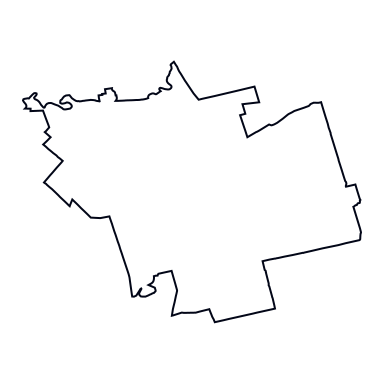 Jebel, Timis, Romania
{"feature_id": "2599482B60817854126326", "entity_name": "Jebel", "entity_type": "district", "adm_level": 2, "iso_a3": "ROU", "parent_name": "Romania", "parent_adm1": "Timis", "projection": "natural_earth1", "projection_center": [21.231, 45.54], "detail": "fine", "context": "isolated", "style": "outline", "palette": "ink", "viewbox_px": 384, "rotation_deg": 0, "n_neighbors": 0, "source": "geoboundaries", "source_scale": "gbopen_adm2", "svg_char_len": 5812}
<svg xmlns="http://www.w3.org/2000/svg" viewBox="0 0 384 384"><path d="M359.6,240.1L360.2,239.2L360.4,235.3L360.6,233.6L360.8,233.3L361.0,232.3L360.0,228.4L357.6,220.6L353.4,206.8L353.9,206.6L354.5,206.1L355.0,205.6L355.7,205.2L356.5,205.1L357.0,204.8L357.4,203.8L357.7,203.4L358.2,203.2L359.6,203.0L360.0,201.9L359.8,200.8L360.0,200.2L360.4,199.9L359.7,198.7L357.3,191.0L356.2,187.3L355.4,184.5L346.0,186.7L345.8,186.1L346.4,183.7L346.1,182.2L345.2,181.0L343.8,176.7L341.6,169.6L338.7,160.6L338.3,158.7L337.1,154.9L332.5,140.0L330.7,134.2L330.6,132.9L330.2,131.9L329.7,130.4L329.1,128.8L328.7,127.8L328.6,127.3L327.7,123.6L325.7,117.4L324.2,112.5L321.1,102.2L319.6,102.6L318.5,102.8L317.5,102.8L313.7,102.7L311.8,103.5L310.5,104.1L309.6,105.2L308.7,106.0L303.8,107.8L294.3,111.0L291.9,112.4L288.7,114.0L287.7,114.7L282.8,118.7L277.2,122.8L274.6,124.2L273.5,124.7L271.7,125.3L270.9,125.2L269.1,124.5L259.5,130.4L257.2,131.7L256.3,132.0L247.4,137.2L245.2,130.4L243.9,126.6L240.1,115.2L245.3,113.8L244.8,112.0L242.5,104.2L259.2,102.3L254.5,86.6L236.1,91.0L214.4,96.1L202.3,98.8L198.7,99.7L193.6,93.5L186.1,82.3L185.1,80.9L180.8,73.8L179.2,71.4L178.2,69.4L177.1,66.7L175.6,64.6L174.6,62.9L173.9,61.8L172.6,62.9L170.9,64.3L170.7,64.7L170.6,65.1L170.8,65.3L171.3,66.3L171.4,66.9L171.5,67.8L171.6,68.5L171.4,69.2L170.7,70.5L169.8,71.8L169.7,72.5L169.7,73.2L169.4,73.8L169.1,74.3L168.9,74.8L168.9,75.2L168.9,75.4L167.9,76.4L167.5,76.9L167.3,77.4L167.2,77.7L167.1,78.1L167.2,78.6L167.1,79.0L166.9,79.3L166.8,79.9L166.8,80.3L166.9,81.2L167.2,81.9L167.6,82.5L167.9,82.9L168.1,83.2L168.7,83.7L169.2,84.1L169.6,84.4L170.3,84.9L171.0,85.5L171.3,85.9L171.4,86.2L171.5,86.9L171.4,87.4L171.2,87.9L170.6,88.5L170.1,88.9L169.4,89.3L168.9,89.4L168.0,89.5L165.6,89.2L164.5,89.0L162.5,88.3L162.0,88.2L160.8,87.9L160.2,87.9L159.7,88.1L159.4,88.5L159.3,88.8L159.3,89.2L159.4,89.6L159.8,90.2L160.7,91.2L159.6,91.8L158.8,92.5L157.7,93.2L157.2,93.5L156.8,93.9L156.2,94.2L155.6,94.2L154.6,93.8L153.8,93.5L152.9,93.4L152.1,93.5L151.7,93.6L150.1,94.3L149.7,94.5L149.1,94.9L148.7,95.4L148.4,95.9L148.2,96.5L148.1,97.1L148.1,97.7L148.2,98.1L146.6,98.7L145.0,99.1L142.9,99.5L142.2,99.5L139.5,99.9L137.9,100.0L136.3,100.0L132.8,100.2L126.2,100.4L123.9,100.6L117.2,100.9L115.6,100.9L116.6,99.5L116.8,98.4L116.8,97.6L116.6,96.5L116.4,95.9L116.4,95.3L116.0,95.2L115.6,95.3L115.5,94.9L115.4,94.3L115.1,93.0L115.0,92.6L114.6,91.9L114.3,91.6L113.7,91.2L113.0,90.8L112.5,90.3L112.3,90.0L112.0,89.2L111.8,88.7L111.9,88.2L105.0,89.2L105.7,93.5L102.1,94.0L102.3,94.9L98.6,95.4L98.9,97.9L99.6,101.3L99.3,101.4L98.9,101.1L98.6,101.1L98.2,101.1L97.2,101.0L95.9,100.7L95.4,100.4L95.2,100.4L94.3,100.2L93.6,100.1L92.3,100.0L90.5,99.9L90.0,100.0L89.2,100.1L88.3,100.2L85.6,100.5L84.7,100.7L82.7,100.9L81.4,101.2L79.5,101.4L78.8,101.1L77.4,101.2L75.8,100.8L74.0,99.7L71.9,98.2L70.5,96.4L69.5,95.2L68.7,95.2L66.0,95.5L64.1,96.5L62.8,98.0L61.8,99.5L60.7,100.2L60.4,100.6L60.2,102.4L60.4,103.1L62.0,103.7L63.0,103.6L65.0,103.2L66.9,102.4L68.9,102.8L70.3,103.7L71.3,104.8L71.6,105.4L71.8,106.1L71.7,106.9L71.0,107.8L70.1,108.6L65.7,109.4L64.0,109.4L63.0,108.9L62.0,108.0L60.1,106.9L58.3,105.7L54.9,104.5L51.5,103.1L50.3,103.0L48.6,103.1L47.0,103.8L46.2,104.6L45.5,105.5L45.0,106.5L44.7,107.4L44.1,107.7L43.5,107.5L42.8,106.8L41.1,104.9L39.7,102.6L38.9,101.6L37.8,100.6L36.7,99.9L35.2,99.3L34.5,98.7L34.2,98.2L34.1,97.7L34.9,96.7L36.2,95.3L36.7,94.1L36.5,93.4L35.4,93.1L34.2,93.2L32.7,94.4L29.9,97.3L28.9,98.5L27.7,98.3L24.3,98.9L23.4,99.3L23.0,100.5L23.9,102.0L25.6,104.0L26.2,105.1L26.4,105.9L26.3,106.9L25.8,107.8L25.0,108.6L30.6,108.7L30.5,111.1L33.0,111.0L43.0,110.6L45.8,118.2L46.9,121.1L48.5,125.3L49.2,127.4L46.0,131.1L44.8,132.1L50.6,137.2L47.1,140.8L43.2,144.5L46.0,146.8L48.4,149.1L50.2,150.5L52.7,152.6L53.2,153.1L53.8,153.5L56.5,155.5L57.9,157.1L60.0,158.6L62.7,160.9L61.5,162.4L56.9,167.5L52.1,173.1L50.2,175.2L44.0,182.5L44.6,183.0L46.1,183.9L46.9,184.8L49.4,187.0L52.1,189.2L55.1,192.1L58.4,195.3L60.0,197.0L64.4,201.1L67.1,203.7L68.9,205.5L69.7,206.2L70.0,205.3L70.5,204.0L71.1,202.5L72.3,199.5L77.6,204.6L80.8,207.9L87.6,214.4L90.8,217.6L100.3,218.1L104.1,217.4L109.4,216.4L110.1,218.6L111.5,222.6L112.0,223.9L112.3,225.0L113.7,229.4L114.3,231.3L115.5,234.6L116.1,236.4L117.8,241.7L118.3,243.0L118.7,244.1L119.3,245.8L120.3,249.2L121.8,253.5L122.9,256.9L124.0,260.2L125.4,264.4L127.8,271.6L128.7,274.4L129.4,277.1L129.6,278.3L130.0,281.3L130.8,287.0L131.9,294.7L132.2,296.5L133.1,296.5L133.9,296.7L136.3,295.6L139.3,290.9L140.5,288.9L141.2,288.5L141.4,288.9L139.6,292.3L139.4,292.7L139.1,293.5L139.4,294.9L140.1,295.7L140.8,296.4L142.4,296.6L144.0,296.6L145.5,296.6L148.4,295.4L149.9,294.6L151.0,294.2L152.2,293.5L152.8,293.3L153.6,292.9L154.0,292.9L155.6,291.1L155.6,290.3L154.8,287.7L148.5,285.0L151.6,283.3L152.1,282.8L152.6,282.4L153.0,281.8L153.5,280.9L153.9,279.2L154.0,277.4L153.9,276.2L154.4,276.1L154.9,276.0L155.2,275.8L155.6,275.7L155.9,275.7L156.4,275.7L157.6,275.6L157.7,275.1L158.4,273.8L161.5,273.1L163.3,272.7L171.6,270.9L173.2,276.6L175.3,283.9L176.5,288.2L177.0,290.0L177.1,290.8L176.4,294.0L175.9,296.0L174.6,302.2L173.8,305.4L172.9,309.2L171.9,315.7L173.1,315.4L181.8,312.6L184.0,312.9L188.0,312.8L194.0,312.7L195.6,312.7L199.6,311.6L209.3,309.2L210.3,311.9L211.3,314.3L212.2,316.7L213.0,318.2L213.7,319.4L213.8,319.7L214.8,322.2L223.7,320.2L228.3,319.1L252.9,313.6L257.0,312.6L264.7,310.9L271.1,309.5L275.0,308.6L274.7,307.2L274.4,305.7L272.6,298.0L272.3,297.5L272.0,296.2L269.3,286.4L268.7,285.5L268.7,283.4L268.1,281.2L265.9,272.5L266.0,272.4L265.6,270.7L264.7,270.0L262.6,261.2L269.4,259.6L274.8,258.6L275.5,258.6L276.4,258.3L278.2,258.0L284.5,256.6L291.2,255.3L292.3,255.1L302.9,252.8L303.5,252.9L304.2,252.6L311.7,250.9L322.8,248.3L338.4,245.1L345.7,243.2L359.6,240.1Z" fill="none" stroke="#020617" stroke-width="2"/></svg>